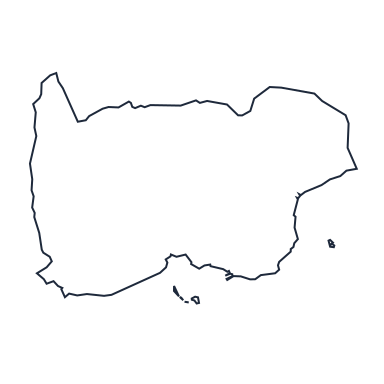 the district of Asseb, Debubawi Keyih Bahri, Eritrea, rotated 93°
{"feature_id": "51966322B31129292770878", "entity_name": "Asseb", "entity_type": "district", "adm_level": 2, "iso_a3": "ERI", "parent_name": "Eritrea", "parent_adm1": "Debubawi Keyih Bahri", "projection": "natural_earth1", "projection_center": [42.689, 12.973], "detail": "medium", "context": "isolated", "style": "outline", "palette": "slate", "viewbox_px": 384, "rotation_deg": 93, "n_neighbors": 0, "source": "geoboundaries", "source_scale": "gbopen_adm2", "svg_char_len": 1926}
<svg xmlns="http://www.w3.org/2000/svg" viewBox="0 0 384 384"><g transform="rotate(93 192 192)"><path d="M291.2,332.4L288.3,325.6L292.9,320.9L294.6,316.5L295.9,317.4L303.7,313.4L299.9,309.4L301.3,301.2L299.4,291.6L300.3,274.4L298.9,267.0L274.4,219.7L268.6,214.0L263.8,212.9L260.7,214.7L257.4,210.1L255.5,209.8L257.5,204.1L254.8,195.1L262.1,188.9L264.0,189.1L268.2,180.8L264.7,175.7L263.5,170.0L265.1,169.6L267.4,156.8L269.8,152.5L268.9,151.0L271.1,149.9L273.8,154.4L271.6,149.6L272.0,147.5L273.9,147.2L277.0,152.9L278.0,152.2L273.8,146.1L273.7,138.9L276.2,129.4L275.8,124.3L271.4,118.9L268.8,104.7L265.0,100.9L260.7,102.3L257.2,101.3L246.4,90.3L243.8,90.4L241.6,87.8L237.8,87.2L233.5,83.8L222.2,87.7L211.3,87.3L209.8,89.2L193.8,85.9L192.2,86.9L192.6,85.6L190.1,83.8L188.6,84.8L189.4,83.1L186.0,79.1L178.3,63.0L172.2,54.9L168.3,44.7L162.6,38.9L160.2,28.7L139.8,38.9L115.3,39.2L107.3,42.6L94.3,66.8L87.3,74.9L83.1,108.4L83.1,119.9L95.5,134.8L108.0,138.0L112.9,145.9L113.0,150.0L102.8,161.6L100.3,181.7L102.6,188.8L100.3,192.8L106.3,207.8L107.4,238.1L109.8,243.7L108.5,247.6L111.2,253.2L110.1,256.1L106.2,257.7L105.0,259.8L111.4,269.8L111.5,279.8L113.5,285.6L121.6,298.7L125.9,301.8L127.8,309.7L95.1,326.4L88.7,331.2L80.3,333.8L82.9,339.7L91.0,347.9L102.2,347.7L106.4,349.3L112.5,355.2L120.6,352.2L135.8,352.7L144.3,350.4L172.1,355.3L187.6,352.2L198.7,352.3L204.6,349.9L215.9,350.8L221.1,348.0L225.3,348.2L240.9,342.4L257.5,339.0L260.4,337.3L264.1,330.7L268.6,328.4L274.8,333.2L281.3,342.6L286.8,335.4L291.2,332.4ZM299.6,186.5L300.2,183.9L303.1,181.5L302.4,179.2L296.9,180.5L296.4,183.4L298.4,186.7L299.6,186.5ZM239.4,51.2L239.7,47.5L238.0,47.1L236.7,49.0L237.5,51.3L235.2,48.6L232.6,51.6L233.4,53.1L239.4,51.2ZM286.8,205.0L291.8,204.8L296.9,199.6L286.8,205.0ZM297.5,198.7L299.6,196.2L300.5,195.1L298.1,197.2L297.5,198.7ZM302.2,191.1L302.5,189.5L302.0,193.7L302.2,191.1Z" fill="none" stroke="#1e293b" stroke-width="2"/></g></svg>